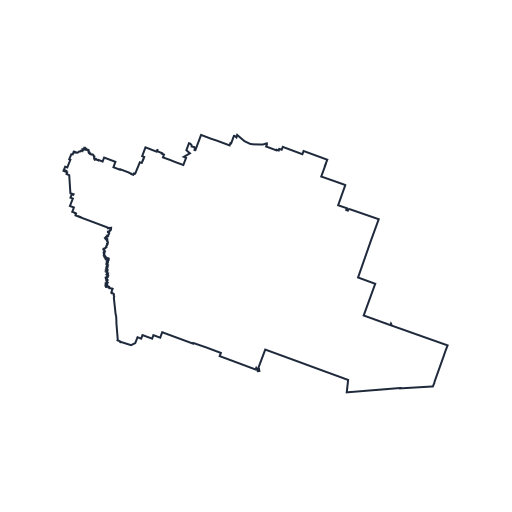 Bland, New South Wales, Australia, rotated 192°
{"feature_id": "25037944B54195415642362", "entity_name": "Bland", "entity_type": "district", "adm_level": 2, "iso_a3": "AUS", "parent_name": "Australia", "parent_adm1": "New South Wales", "projection": "robinson", "projection_center": [147.412, -33.919], "detail": "fine", "context": "isolated", "style": "outline", "palette": "slate", "viewbox_px": 512, "rotation_deg": 192, "n_neighbors": 0, "source": "geoboundaries", "source_scale": "gbopen_adm2", "svg_char_len": 6072}
<svg xmlns="http://www.w3.org/2000/svg" viewBox="0 0 512 512"><g transform="rotate(192 256 256)"><path d="M55.8,165.2L55.5,167.5L55.2,168.3L55.2,170.3L51.5,197.8L51.0,202.2L50.0,208.4L109.4,216.2L109.3,217.2L109.9,217.9L110.1,216.3L138.3,220.2L133.6,253.6L151.7,256.2L146.7,295.6L143.6,317.5L174.2,321.3L174.8,321.2L175.3,320.9L175.5,320.3L175.6,319.5L177.3,319.8L177.0,321.6L186.2,322.7L183.4,343.9L184.1,344.1L208.7,347.3L207.0,359.5L207.2,359.4L206.3,365.0L231.3,368.6L231.8,365.2L252.5,368.3L253.0,365.3L255.5,365.6L255.7,363.9L257.9,364.2L258.0,363.6L268.9,365.2L268.5,367.6L268.9,368.5L271.8,366.8L273.1,366.3L281.7,364.7L283.7,364.5L285.3,364.5L291.1,365.9L299.6,370.5L299.8,367.9L301.9,369.1L302.6,368.9L303.7,361.0L304.5,361.1L304.8,358.7L318.2,360.7L324.6,361.4L334.9,363.0L337.3,346.9L337.5,346.8L338.2,346.9L338.2,348.5L338.9,349.7L341.7,349.7L342.0,350.8L342.3,351.3L343.7,352.2L345.0,352.4L346.1,345.0L342.0,342.7L347.2,338.0L344.8,337.5L346.0,329.9L354.5,331.1L360.1,332.1L367.5,333.1L367.1,336.1L369.4,336.5L369.3,337.1L373.6,337.8L374.3,338.5L374.4,339.2L374.6,339.2L375.0,337.4L386.7,339.3L388.1,330.0L385.9,329.6L386.4,326.4L386.6,326.5L387.1,323.3L389.1,323.5L391.3,311.4L391.5,311.2L392.5,311.4L392.9,309.9L395.0,310.2L395.0,310.6L397.2,310.9L397.6,311.2L406.9,312.6L407.0,312.1L413.9,313.2L413.1,318.9L425.0,320.7L425.7,316.5L429.9,317.2L430.0,316.7L432.1,317.1L432.1,317.4L432.5,317.6L432.7,317.4L432.8,317.1L433.6,316.7L433.8,317.4L434.3,317.3L434.6,317.5L434.5,317.9L434.9,318.9L434.6,319.4L434.8,319.8L435.2,319.8L435.7,320.1L436.1,321.0L436.9,321.4L438.0,321.0L438.8,321.1L439.0,321.5L439.5,321.3L439.7,321.5L440.0,321.5L440.3,321.7L440.0,322.3L440.3,322.7L440.6,322.7L440.7,322.2L440.9,322.1L441.6,323.1L441.6,323.4L441.3,323.6L441.5,324.1L441.9,324.3L441.7,324.6L441.9,324.9L442.4,324.8L442.9,324.9L443.0,324.6L443.6,324.6L443.5,325.0L443.9,325.0L444.3,324.8L444.4,325.3L444.6,325.2L444.5,325.4L445.0,325.6L445.5,326.2L445.8,326.0L446.2,326.1L446.1,325.5L446.6,325.3L446.3,324.9L446.5,324.4L447.0,324.5L447.1,324.0L447.6,324.1L447.4,323.7L447.6,323.5L447.6,323.0L447.9,323.2L448.1,322.9L448.5,323.0L449.0,322.7L449.1,322.1L449.5,322.0L449.8,321.6L450.6,321.5L451.1,321.1L451.4,320.5L452.4,319.8L453.3,319.7L453.9,320.1L454.5,320.2L454.6,319.5L454.8,319.4L455.2,319.6L455.2,320.0L455.4,320.3L456.0,320.2L456.4,317.3L457.8,317.1L458.8,311.8L457.6,311.6L459.0,303.4L461.2,303.7L462.0,299.3L460.4,299.0L460.2,300.0L459.2,299.8L459.4,298.8L458.1,298.6L458.4,296.8L455.5,296.2L450.6,278.8L447.3,278.5L447.5,277.8L449.1,278.0L449.6,274.5L447.1,274.1L448.4,266.2L444.2,265.6L444.9,261.0L441.6,260.5L441.7,260.1L440.8,259.9L441.0,258.2L437.5,257.6L437.5,257.9L435.6,257.6L435.6,257.3L407.1,253.0L406.7,252.3L405.4,252.7L405.5,252.9L403.6,253.5L403.4,252.0L403.8,251.5L403.5,251.3L403.5,251.0L404.5,250.2L404.4,249.7L404.8,249.5L404.8,249.0L405.9,248.9L405.8,248.5L404.8,248.4L404.3,247.8L404.4,246.9L404.8,246.4L404.7,246.0L404.8,245.4L405.0,245.0L405.6,244.9L405.1,244.4L405.8,244.0L405.9,243.4L406.8,243.3L406.7,242.5L406.8,242.3L407.4,242.1L407.2,241.8L406.6,241.6L406.4,242.1L406.2,242.2L405.9,241.8L406.0,241.2L405.8,241.2L405.3,241.8L404.9,241.7L404.8,240.6L405.1,240.1L404.9,239.8L404.4,239.9L403.6,238.3L403.7,237.5L404.3,237.2L404.2,236.9L403.8,236.5L404.1,236.2L404.0,235.5L404.4,235.1L404.3,234.4L404.6,234.1L404.6,233.6L404.3,233.3L404.7,233.0L405.1,232.2L405.7,232.1L406.0,231.5L406.6,231.4L406.8,231.0L406.6,230.5L406.2,230.5L405.7,230.2L405.5,229.7L404.7,229.2L404.9,228.8L404.9,228.4L405.0,228.2L405.7,228.2L405.8,228.0L405.7,227.7L405.2,227.6L404.8,226.9L405.3,226.3L405.1,225.9L404.8,225.9L404.6,225.6L404.9,224.7L404.7,224.6L403.9,224.8L403.7,224.4L404.4,224.1L404.3,223.8L403.9,223.5L402.9,223.3L402.6,223.7L402.4,223.5L402.5,223.2L403.1,222.7L402.7,222.4L402.5,221.7L402.2,221.6L402.0,221.9L402.4,222.3L401.9,222.5L401.6,222.8L401.2,222.7L401.3,223.1L399.9,223.0L399.9,222.5L399.4,222.4L399.5,221.9L399.4,221.7L400.1,221.4L400.0,221.0L399.8,221.0L399.8,220.7L400.2,220.6L400.5,220.3L400.0,220.2L400.3,219.7L400.1,219.4L399.6,219.7L399.5,219.2L399.8,219.0L400.6,219.0L400.7,218.5L400.3,217.8L400.6,217.3L400.2,217.2L399.8,217.6L399.6,217.6L399.5,216.9L399.9,217.0L400.1,216.7L399.3,216.4L399.9,215.9L399.7,215.5L399.7,214.9L399.1,215.4L398.9,215.2L399.1,214.7L399.5,214.3L399.8,214.7L400.0,214.5L399.9,214.1L399.6,214.0L399.4,213.4L400.0,213.4L400.0,213.1L399.1,213.1L399.4,212.5L398.9,212.1L399.5,211.4L399.0,211.2L399.7,210.8L399.4,210.6L398.7,210.8L399.0,210.0L398.4,210.1L398.2,209.8L399.0,209.3L398.7,209.2L398.4,209.5L398.0,209.5L397.8,209.0L397.8,208.6L397.4,208.2L397.6,208.0L398.2,208.1L398.0,207.5L398.3,206.9L397.6,206.8L397.2,207.1L397.3,206.4L396.7,206.4L396.5,206.2L397.3,205.3L396.8,204.9L397.3,204.5L396.9,204.2L397.3,203.7L397.3,203.0L397.9,203.1L398.4,203.6L398.6,203.6L398.6,203.3L397.9,202.6L397.2,202.3L397.2,201.8L397.6,201.5L397.5,201.2L396.7,201.4L396.7,202.1L396.2,201.9L396.1,201.5L396.9,200.7L396.9,200.3L396.8,200.0L396.2,199.8L396.0,199.5L395.5,199.3L395.6,198.6L395.9,198.2L396.2,198.2L396.8,198.7L397.5,198.1L397.4,197.9L396.5,197.7L396.2,197.1L395.8,196.9L396.1,196.3L396.5,196.2L397.0,196.5L397.2,196.4L397.2,196.1L396.4,195.5L396.0,195.4L396.0,195.2L396.6,194.9L396.3,194.5L395.9,194.5L395.1,195.3L394.5,195.7L394.2,195.5L394.1,195.0L393.8,194.6L393.6,194.7L393.6,195.2L393.2,195.3L393.0,195.1L393.1,194.3L392.8,194.0L390.1,194.3L389.4,194.1L389.7,192.8L389.7,191.6L389.9,190.9L389.9,189.9L389.5,189.6L388.9,189.9L388.6,189.9L387.0,189.1L387.0,187.9L386.3,187.0L386.4,185.7L381.4,170.4L380.3,168.0L379.1,163.7L378.5,161.0L373.8,145.3L373.9,144.7L371.5,144.4L370.9,143.5L370.4,143.5L370.1,143.8L369.7,143.8L359.7,142.8L356.0,145.7L355.0,151.9L351.1,151.3L350.6,155.0L340.4,153.6L339.9,157.2L332.7,156.2L331.9,161.9L299.4,157.2L299.4,157.8L298.6,157.8L285.5,156.2L270.2,153.9L270.7,150.5L232.8,144.9L232.5,146.5L230.8,144.6L230.3,143.7L228.8,144.2L229.6,146.3L230.5,146.4L227.5,166.4L140.1,153.9L138.9,141.5L87.4,156.9L87.4,156.5L55.8,165.2Z" fill="none" stroke="#1e293b" stroke-width="2"/></g></svg>